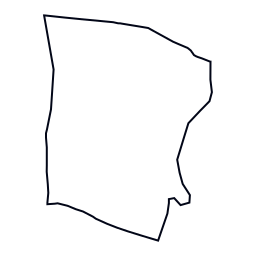 Abu Karinka, Eastern Darfur, Sudan (Albers equal-area conic projection)
{"feature_id": "16777658B5227660159889", "entity_name": "Abu Karinka", "entity_type": "district", "adm_level": 2, "iso_a3": "SDN", "parent_name": "Sudan", "parent_adm1": "Eastern Darfur", "projection": "albers", "projection_center": [26.599, 11.574], "detail": "fine", "context": "isolated", "style": "outline", "palette": "ink", "viewbox_px": 256, "rotation_deg": 0, "n_neighbors": 0, "source": "geoboundaries", "source_scale": "gbopen_adm2", "svg_char_len": 1076}
<svg xmlns="http://www.w3.org/2000/svg" viewBox="0 0 256 256"><path d="M158.1,240.6L167.4,213.6L168.9,203.1L168.9,199.1L174.2,198.1L180.6,205.1L189.4,202.6L189.9,195.1L182.8,184.1L182.6,183.6L179.6,172.7L177.2,159.7L184.8,134.8L188.4,123.2L199.7,111.2L209.5,101.2L211.9,92.2L210.4,79.7L210.5,61.7L210.3,61.7L201.7,58.3L201.1,58.1L200.5,57.9L197.8,57.0L195.9,56.2L195.6,56.0L194.0,55.1L193.5,54.4L192.3,52.6L192.0,52.3L190.9,50.6L188.6,48.7L187.4,47.8L186.8,47.6L183.5,46.2L182.1,45.6L178.3,44.0L172.6,41.5L172.0,41.1L170.3,40.2L160.5,34.8L153.4,30.9L148.2,28.0L139.9,26.6L131.9,25.3L121.6,23.6L120.6,23.4L119.6,23.3L118.4,23.3L117.6,23.2L116.8,23.0L113.6,22.3L113.1,22.2L104.6,21.4L95.4,20.5L81.3,19.2L65.2,17.6L44.5,15.4L44.4,15.4L44.1,15.4L53.6,69.5L51.0,109.3L47.0,129.3L46.0,133.2L46.0,137.6L46.8,147.4L46.8,147.6L46.8,165.6L46.7,171.7L47.8,184.3L48.3,192.9L47.4,202.6L47.4,204.2L54.8,203.7L57.6,203.3L67.6,205.8L75.8,209.2L83.0,211.5L93.0,216.7L95.8,218.7L107.1,223.8L117.1,227.7L128.0,231.4L142.5,235.9L158.1,240.6Z" fill="none" stroke="#020617" stroke-width="2"/></svg>